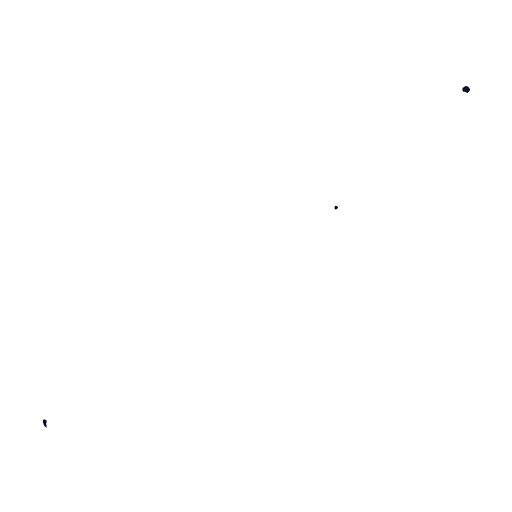 map outline of Federated States of Micronesia (Natural Earth projection), rotated 313°
{"feature_id": "FSM", "entity_name": "Federated States of Micronesia", "entity_type": "country or territory", "adm_level": 0, "iso_a3": "FSM", "parent_name": "Oceania", "parent_adm1": "", "projection": "natural_earth1", "projection_center": [151.803, 7.435], "detail": "fine", "context": "isolated", "style": "filled", "palette": "ink", "viewbox_px": 512, "rotation_deg": 313, "n_neighbors": 0, "source": "natural_earth", "source_scale": "50m", "svg_char_len": 575}
<svg xmlns="http://www.w3.org/2000/svg" viewBox="0 0 512 512"><g transform="rotate(313 256 256)"><path d="M523.4,298.3L521.8,299.0L519.9,298.7L519.3,296.2L518.4,295.5L518.6,294.3L520.0,293.3L522.8,294.1L523.9,295.9L523.2,297.1L523.4,298.3ZM-9.8,215.8L-11.8,218.3L-11.9,217.5L-11.3,216.0L-10.4,214.3L-9.6,213.3L-8.6,213.0L-7.9,214.4L-8.7,215.6L-9.8,215.8ZM346.9,282.0L346.7,282.4L345.1,282.2L344.9,282.0L345.0,281.8L345.8,281.6L345.9,281.1L345.5,281.0L345.8,280.7L346.5,280.6L346.8,281.0L347.0,281.5L346.9,282.0Z" fill="#0f172a" stroke="#020617" stroke-width="1.5"/></g></svg>